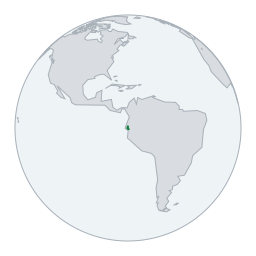 globe centered on Los Rios, rotated 343°
{"feature_id": "ECU-1281", "entity_name": "Los Rios", "entity_type": "Province", "adm_level": 1, "iso_a3": "ECU", "parent_name": "Ecuador", "parent_adm1": "", "projection": "orthographic", "projection_center": [-79.444, -1.349], "detail": "fine", "context": "on_globe", "style": "filled", "palette": "green", "viewbox_px": 256, "rotation_deg": 343, "n_neighbors": 0, "source": "natural_earth", "source_scale": "10m", "svg_char_len": 7086}
<svg xmlns="http://www.w3.org/2000/svg" viewBox="0 0 256 256"><g transform="rotate(343 128 128)"><circle cx="128" cy="128" r="113" fill="#eef3f6" stroke="#a8b0b8"/><path d="M81.9,25.2L82.8,24.9L86.0,23.5L87.0,23.1L92.9,21.1L94.0,22.4L99.7,21.3L106.7,23.2L108.3,22.3L111.9,22.9L115.1,22.3L115.5,23.1L117.7,21.9L116.8,21.3L117.4,20.6L119.2,20.2L120.0,21.2L119.2,21.5L120.4,21.6L120.0,22.3L121.2,21.8L122.0,23.2L123.9,21.4L126.7,22.1L126.5,23.2L123.1,23.6L114.0,28.4L112.7,30.2L114.4,32.1L124.8,34.1L124.8,36.2L127.4,38.6L129.0,37.0L127.6,34.6L131.1,32.6L128.9,30.3L130.1,29.3L129.2,27.0L133.1,26.9L137.3,28.2L138.2,30.2L140.1,30.9L142.3,28.9L146.9,32.9L155.1,36.3L155.8,37.6L151.9,39.8L144.3,39.8L139.2,44.1L146.3,41.0L148.1,44.9L150.0,45.6L152.1,45.4L152.9,43.9L154.3,45.4L147.9,48.6L146.5,47.3L148.5,46.2L144.9,46.4L140.6,49.2L141.9,51.2L133.9,54.3L134.8,56.0L133.5,57.8L132.7,54.9L133.9,60.4L124.8,67.0L126.3,77.6L120.7,69.5L116.2,68.7L110.8,69.2L111.0,70.9L103.7,70.0L97.2,74.0L95.1,82.7L97.8,89.3L105.9,89.1L108.2,85.2L114.1,84.2L110.1,94.7L120.5,95.8L119.6,103.7L122.6,107.8L127.7,106.6L133.1,108.5L136.7,103.8L142.7,101.2L143.0,107.6L146.2,101.7L149.6,104.8L161.4,104.6L160.5,106.0L170.5,113.8L181.0,117.4L183.4,122.3L182.2,125.2L185.7,126.2L185.8,128.2L199.5,131.6L206.2,136.8L205.7,143.7L199.7,151.5L193.0,168.1L181.8,173.3L178.2,180.0L168.2,189.6L161.5,188.8L162.7,193.7L158.4,196.5L153.8,196.6L152.4,200.0L149.0,200.0L150.8,202.3L144.6,206.6L145.5,210.1L140.8,213.5L141.5,215.6L139.9,215.5L138.2,216.2L137.8,217.4L133.4,215.4L133.0,210.8L135.1,208.5L133.1,208.1L137.7,202.0L135.3,203.2L137.2,193.9L141.2,186.2L145.1,163.6L142.9,159.1L134.5,153.9L124.5,137.4L127.4,130.6L125.1,127.4L132.5,117.8L130.5,109.1L127.8,107.9L125.2,111.2L116.0,106.0L112.7,99.5L84.4,90.4L81.5,87.3L81.5,82.2L72.6,66.8L76.2,81.6L72.7,78.9L69.9,73.7L71.7,72.2L70.1,64.8L67.0,62.4L67.3,53.7L74.7,42.8L75.6,44.2L77.2,41.7L76.2,40.0L75.1,39.6L79.5,31.6L77.3,29.1L73.0,30.9L76.8,28.8L66.2,34.4L62.7,36.3L68.9,32.7L71.2,31.3L69.9,31.6L72.1,30.3L72.7,29.9L75.4,28.4L78.8,26.8L80.6,25.9L79.6,26.3L80.6,25.8L81.9,25.2ZM24.5,90.9L25.3,88.4L25.3,89.8L24.5,90.9ZM25.5,87.1L25.3,87.9L25.4,87.2L25.5,87.1ZM25.4,86.7L25.4,87.0L25.3,86.9L25.4,86.7ZM25.1,86.6L25.3,86.5L25.2,86.7L25.1,86.6ZM125.9,81.4L137.7,86.5L131.1,87.3L132.3,86.2L129.3,84.1L123.7,82.2L117.9,83.6L125.9,81.4ZM25.1,85.6L25.1,85.3L25.3,85.0L25.1,85.6ZM130.9,75.2L128.8,74.9L130.8,74.8L130.9,75.2ZM74.3,39.7L76.0,40.2L76.1,42.4L74.5,42.0L74.3,39.7ZM74.4,36.1L75.8,35.8L73.8,38.0L73.6,37.5L74.4,36.1ZM69.4,32.7L70.4,32.5L68.7,33.2L69.4,32.7ZM72.1,30.2L72.3,30.1L71.4,30.6L71.9,30.3L72.1,30.2ZM127.2,27.3L128.2,27.2L127.8,27.7L127.2,27.3ZM125.8,26.5L124.7,27.2L123.9,26.9L124.6,26.5L125.8,26.5ZM127.4,25.9L122.6,26.4L121.2,26.0L122.8,24.3L127.4,25.9ZM115.7,21.2L116.8,21.9L114.2,21.7L115.7,21.2ZM113.9,21.3L105.0,22.4L104.3,21.5L107.4,21.2L105.1,20.5L109.1,19.5L111.3,19.7L110.9,20.4L112.7,19.5L113.9,21.3ZM117.5,20.3L115.8,20.5L115.0,19.7L118.3,19.2L117.5,19.6L117.5,20.3ZM102.6,21.0L102.6,20.4L105.8,19.4L106.3,19.1L109.1,19.4L102.6,21.0ZM118.6,19.6L120.0,19.0L122.0,19.1L119.1,20.1L118.6,19.6ZM113.4,19.7L113.2,19.4L114.4,19.4L113.4,19.7ZM129.9,19.6L127.8,19.6L127.2,19.2L129.9,19.6ZM120.4,18.8L119.7,18.7L119.3,18.6L120.6,18.3L120.4,18.8ZM111.2,18.8L112.6,18.6L110.2,18.6L112.5,18.0L114.0,18.4L114.4,18.0L115.1,17.8L115.5,18.4L111.2,18.8ZM120.6,17.6L123.3,18.3L127.2,18.2L127.8,18.6L121.4,18.6L120.6,17.6ZM117.6,18.0L119.6,17.8L119.3,18.2L117.8,18.6L117.6,18.0ZM113.6,17.5L109.6,18.3L109.4,18.2L113.6,17.5ZM121.7,17.5L121.1,17.4L122.1,17.5L121.7,17.5ZM116.1,17.4L114.8,17.6L114.6,17.5L116.1,17.4ZM120.9,17.0L121.7,17.2L120.7,17.4L120.9,17.0ZM118.7,17.1L118.8,16.9L119.8,17.4L118.1,17.2L118.7,17.1ZM116.2,17.2L115.6,17.2L116.8,17.2L116.2,17.2ZM124.2,16.3L125.7,16.8L123.5,17.2L122.3,16.6L124.2,16.3ZM140.5,219.5L133.7,216.1L137.6,217.6L140.8,215.9L144.2,218.4L140.5,219.5ZM149.8,215.0L153.2,214.1L153.9,214.7L151.7,215.5L149.8,215.0ZM208.8,49.5L208.5,49.2L209.6,50.8L216.1,60.3L215.7,61.3L213.0,59.7L205.4,50.5L207.2,49.3L204.6,46.6L199.8,43.0L200.8,43.1L199.0,41.6L199.3,41.3L195.3,37.8L194.9,37.4L189.7,33.8L196.5,38.5L202.8,43.8L208.8,49.5ZM185.8,31.3L186.5,31.8L180.7,28.5L177.2,26.7L185.8,31.3ZM240.3,136.4L240.6,130.1L240.5,121.9L240.2,118.5L240.0,119.4L239.3,115.4L238.9,115.4L234.5,118.6L231.5,113.6L224.0,98.2L223.6,91.9L220.7,84.9L215.6,61.6L217.8,62.7L217.5,59.6L222.3,66.3L226.5,73.3L230.2,80.6L233.4,88.2L236.0,95.9L238.0,103.8L239.5,111.9L240.4,120.0L240.6,128.2L240.3,136.4ZM221.2,72.9L222.2,74.9L222.2,75.0L221.2,72.9ZM161.8,104.5L163.2,105.8L161.3,105.8L161.8,104.5ZM130.3,89.8L132.7,89.9L134.1,90.9L132.2,91.2L130.3,89.8ZM150.8,89.8L153.6,90.3L150.8,90.8L150.8,89.8ZM139.5,87.2L148.6,89.6L143.0,91.5L137.3,90.1L141.2,89.5L139.5,87.2ZM129.9,78.8L131.4,79.2L131.0,80.3L129.9,78.8ZM132.3,75.2L131.7,75.3L130.9,74.4L132.3,75.2ZM148.5,44.7L149.1,44.5L151.3,44.7L150.3,45.3L148.5,44.7ZM160.3,42.1L162.3,44.5L160.2,43.0L159.4,44.1L153.9,42.8L156.0,38.2L156.0,40.4L160.3,42.1ZM147.1,40.1L150.3,41.2L146.7,40.2L147.1,40.1ZM189.2,35.1L190.7,35.8L192.7,37.4L193.2,38.9L190.3,36.5L189.2,35.1ZM192.4,36.6L185.6,32.3L185.0,31.5L186.5,32.6L186.8,32.5L189.2,34.3L195.4,38.1L197.6,39.9L197.3,41.1L196.2,39.6L194.7,38.8L192.4,36.6ZM169.1,25.8L166.2,24.8L168.8,24.3L171.2,25.4L171.9,26.6L169.3,26.2L169.1,25.8ZM131.2,23.0L129.9,23.2L129.7,22.9L130.6,22.4L131.2,23.0ZM128.9,19.7L136.6,21.8L135.5,22.1L141.4,23.5L140.7,24.9L137.0,23.9L140.9,26.2L137.2,25.9L140.2,27.4L131.9,25.1L128.7,25.2L132.5,24.5L133.1,23.1L132.5,22.6L128.3,21.2L121.9,21.0L121.6,20.0L123.0,19.3L124.5,19.1L124.3,19.8L126.4,19.1L127.2,20.0L128.9,19.7ZM140.2,16.1L139.3,16.2L143.7,16.5L144.5,16.8L145.0,16.8L147.0,17.3L150.2,18.0L151.3,18.4L152.7,18.8L154.4,19.2L154.8,19.7L157.0,20.4L155.9,20.2L159.5,21.3L157.0,20.8L158.5,21.5L160.1,21.6L157.8,24.7L158.8,27.0L161.1,29.3L156.4,28.5L151.3,26.1L146.8,23.3L146.5,21.4L144.4,21.6L143.7,20.9L145.6,21.0L142.2,20.3L142.1,19.8L138.0,18.3L133.1,18.1L131.5,17.7L133.4,17.5L130.5,17.3L132.9,16.8L131.8,16.6L133.1,16.1L137.4,16.3L135.8,16.0L136.7,15.9L140.2,16.1ZM124.7,16.2L129.5,15.9L132.4,16.0L128.9,16.8L129.6,17.1L127.5,18.0L123.4,17.9L124.4,17.6L124.4,17.3L125.7,17.5L124.6,17.2L125.9,16.8L125.5,16.6L127.2,16.5L124.7,16.2ZM215.3,56.8L213.0,54.1L212.7,53.8L213.8,55.1L215.3,56.8ZM211.2,52.1L212.5,53.5L211.3,52.2L210.5,51.3L211.2,52.1Z" fill="#d9dde1" stroke="#a8b0b8" stroke-width="1"/><path d="M128.3,127.7L128.2,127.8L128.1,128.0L128.1,127.9L128.3,128.0L128.2,128.0L128.3,128.3L128.3,128.5L128.2,128.5L128.3,128.6L128.4,128.8L128.4,129.0L128.4,129.3L128.5,129.4L128.5,129.5L128.4,129.5L128.2,129.2L127.9,129.1L127.7,129.1L127.5,128.9L127.4,128.8L127.4,128.7L127.2,128.6L127.2,128.4L127.2,128.2L127.3,128.0L127.4,127.8L127.4,127.7L127.5,127.7L127.7,127.4L127.8,127.3L127.8,127.2L127.7,127.0L127.7,126.9L127.8,126.7L127.9,126.4L128.0,126.4L128.2,126.5L128.3,126.7L128.5,126.6L128.6,126.4L128.7,126.5L128.5,126.8L128.4,127.0L128.3,127.3L128.2,127.5L128.3,127.6L128.3,127.7Z" fill="#22c55e" stroke="#15803d" stroke-width="1.5"/></g></svg>